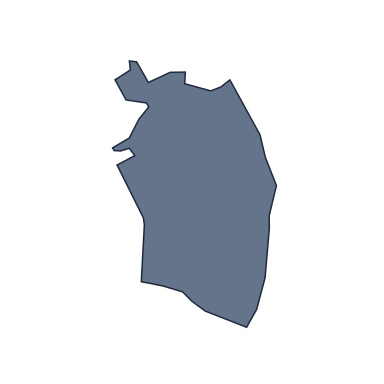 Tibiri, Dosso, Niger (orthographic projection), rotated 332°
{"feature_id": "23599985B22885280076406", "entity_name": "Tibiri", "entity_type": "district", "adm_level": 2, "iso_a3": "NER", "parent_name": "Niger", "parent_adm1": "Dosso", "projection": "orthographic", "projection_center": [3.884, 13.094], "detail": "fine", "context": "isolated", "style": "filled", "palette": "slate", "viewbox_px": 384, "rotation_deg": 332, "n_neighbors": 0, "source": "geoboundaries", "source_scale": "gbopen_adm2", "svg_char_len": 616}
<svg xmlns="http://www.w3.org/2000/svg" viewBox="0 0 384 384"><g transform="rotate(332 192 192)"><path d="M138.5,133.0L136.9,192.3L134.3,199.0L105.1,247.4L122.3,261.4L136.9,275.9L140.6,288.4L147.8,303.4L176.7,337.1L194.1,325.9L216.2,302.1L243.1,260.6L249.0,249.2L269.6,225.9L273.0,196.0L278.9,173.5L278.1,110.8L266.7,112.8L256.0,111.5L236.4,93.0L242.4,83.0L229.0,76.1L204.9,74.8L204.2,51.0L198.2,46.9L194.9,55.3L176.7,56.8L177.0,79.8L193.6,92.0L193.7,96.6L179.3,102.8L161.9,114.9L142.6,115.7L142.7,118.9L148.2,122.2L157.2,124.0L158.5,133.0L138.5,133.0Z" fill="#64748b" stroke="#1e293b" stroke-width="1.5"/></g></svg>